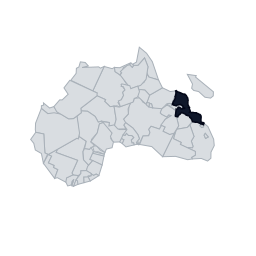 Africa, with Mozambique highlighted, rotated 295°
{"feature_id": "MOZ", "entity_name": "Mozambique", "entity_type": "country or territory", "adm_level": 0, "iso_a3": "MOZ", "parent_name": "Africa", "parent_adm1": "", "projection": "mercator", "projection_center": [35.316, -18.663], "detail": "fine", "context": "in_parent", "style": "filled", "palette": "ink", "viewbox_px": 256, "rotation_deg": 295, "n_neighbors": 49, "source": "natural_earth", "source_scale": "50m", "svg_char_len": 14487}
<svg xmlns="http://www.w3.org/2000/svg" viewBox="0 0 256 256"><g transform="rotate(295 128 128)"><path d="M166.9,133.7L179.0,142.2L178.9,150.9L181.5,155.1L179.7,156.5L168.4,157.9L166.6,153.1L159.8,150.6L157.2,146.4L156.6,141.8L159.8,139.2L159.0,134.2L166.9,133.7Z" fill="#d9dde1" stroke="#a8b0b8" stroke-width="1"/><path d="M70.3,66.9L70.3,70.7L62.8,70.6L62.9,77.0L60.8,77.2L60.7,82.0L51.3,82.8L60.3,66.2L70.3,66.9Z" fill="#d9dde1" stroke="#a8b0b8" stroke-width="1"/><path d="M156.6,141.8L159.8,150.6L155.2,151.0L154.4,158.5L157.2,159.4L157.4,161.9L151.7,158.1L140.3,156.9L139.3,148.2L135.6,147.4L133.2,149.8L129.7,150.0L127.1,145.0L117.6,144.8L120.9,141.8L123.1,142.9L126.3,139.6L130.0,132.6L132.1,122.0L134.2,120.2L140.9,122.4L148.2,119.6L152.1,119.7L154.5,121.8L157.4,121.1L160.8,126.6L157.8,130.2L156.6,141.8Z" fill="#d9dde1" stroke="#a8b0b8" stroke-width="1"/><path d="M184.4,135.4L183.0,125.3L185.6,122.0L192.0,120.2L198.5,113.4L189.1,110.7L186.6,107.5L187.9,105.4L191.3,107.8L206.0,104.1L203.6,113.2L198.4,122.0L184.4,135.4Z" fill="#d9dde1" stroke="#a8b0b8" stroke-width="1"/><path d="M179.0,142.2L166.9,133.7L169.5,127.3L167.2,121.9L170.1,119.1L176.5,123.4L185.0,122.7L183.0,125.3L184.4,135.4L179.0,142.2Z" fill="#d9dde1" stroke="#a8b0b8" stroke-width="1"/><path d="M145.8,112.8L144.0,111.8L143.2,111.2L143.5,108.6L139.8,102.8L142.3,95.5L144.2,95.7L144.1,85.2L146.7,85.2L146.7,80.4L173.7,80.4L175.1,88.6L177.2,90.1L173.6,92.5L172.3,100.5L167.7,107.3L167.1,111.8L164.3,103.6L161.2,109.2L158.1,108.1L155.7,110.2L150.7,110.0L146.9,108.1L144.2,112.0L145.8,112.8Z" fill="#d9dde1" stroke="#a8b0b8" stroke-width="1"/><path d="M144.1,86.3L144.2,95.7L142.3,95.5L139.8,102.8L141.9,106.1L130.8,113.6L124.7,114.7L121.7,109.8L125.1,108.8L123.1,101.1L120.7,98.6L124.6,93.3L126.1,84.3L123.7,78.3L126.0,76.9L144.1,86.3Z" fill="#d9dde1" stroke="#a8b0b8" stroke-width="1"/><path d="M127.1,199.3L128.2,198.0L131.9,200.5L135.2,199.0L135.2,189.6L137.4,194.8L139.0,194.6L142.9,190.9L148.2,191.4L156.8,183.0L160.8,183.4L162.5,188.6L162.3,192.3L160.5,192.1L159.6,194.6L161.0,196.0L164.5,194.6L163.1,199.8L154.0,210.4L148.5,213.6L141.2,213.4L135.6,215.9L131.7,214.1L131.4,207.4L127.1,199.3ZM155.8,200.3L153.7,200.0L151.3,202.7L153.8,204.5L155.8,200.3Z" fill="#d9dde1" stroke="#a8b0b8" stroke-width="1"/><path d="M155.8,200.3L153.8,204.5L151.3,202.7L153.7,200.0L155.8,200.3Z" fill="#d9dde1" stroke="#a8b0b8" stroke-width="1"/><path d="M160.8,183.4L153.6,181.5L147.3,172.5L151.4,173.0L158.7,167.2L164.6,170.1L164.1,178.7L160.8,183.4Z" fill="#d9dde1" stroke="#a8b0b8" stroke-width="1"/><path d="M156.8,183.0L148.2,191.4L142.9,190.9L139.0,194.6L137.4,194.8L135.2,189.6L135.2,182.4L137.4,182.3L137.5,173.7L147.3,172.5L153.6,181.5L156.8,183.0Z" fill="#d9dde1" stroke="#a8b0b8" stroke-width="1"/><path d="M135.2,182.4L135.2,199.0L131.9,200.5L128.2,198.0L127.1,199.3L124.5,195.5L122.4,183.1L116.6,171.5L146.9,172.1L137.5,173.7L137.4,182.3L135.2,182.4Z" fill="#d9dde1" stroke="#a8b0b8" stroke-width="1"/><path d="M52.1,100.4L50.0,97.8L53.4,93.7L56.9,93.4L62.4,98.0L63.9,103.1L52.2,103.3L51.8,101.5L58.6,100.6L52.1,100.4Z" fill="#d9dde1" stroke="#a8b0b8" stroke-width="1"/><path d="M63.9,103.1L62.4,98.0L63.5,96.2L77.4,96.0L75.4,73.1L78.8,73.0L97.1,86.0L97.2,87.5L99.7,87.3L98.3,95.8L87.6,97.2L80.9,100.7L77.7,107.9L71.8,108.3L69.3,103.4L66.9,104.5L63.9,103.1Z" fill="#d9dde1" stroke="#a8b0b8" stroke-width="1"/><path d="M51.3,82.8L60.7,82.0L60.8,77.2L62.9,77.0L62.8,70.6L70.3,70.7L70.3,66.9L78.8,73.0L75.4,73.1L77.4,96.0L63.5,96.2L62.4,98.0L56.9,93.4L52.6,94.5L53.1,85.0L51.3,82.8Z" fill="#d9dde1" stroke="#a8b0b8" stroke-width="1"/><path d="M96.1,117.4L94.2,117.6L93.8,110.8L91.8,107.7L96.5,103.6L98.6,107.1L96.2,112.2L96.1,117.4Z" fill="#d9dde1" stroke="#a8b0b8" stroke-width="1"/><path d="M123.7,78.3L126.1,84.3L124.6,93.3L120.7,98.6L123.1,101.1L122.2,103.0L119.7,100.4L110.5,102.2L102.4,99.8L99.3,100.6L98.2,104.9L92.3,102.2L90.9,97.3L98.3,95.8L99.7,87.3L117.2,76.8L122.1,79.2L123.7,78.3Z" fill="#d9dde1" stroke="#a8b0b8" stroke-width="1"/><path d="M96.1,117.4L99.9,100.1L110.5,102.2L119.7,100.4L123.1,104.0L116.7,115.7L111.0,116.9L109.3,120.7L103.4,121.9L99.8,117.3L96.1,117.4Z" fill="#d9dde1" stroke="#a8b0b8" stroke-width="1"/><path d="M122.9,102.2L125.1,108.8L121.7,109.8L125.0,114.1L122.9,120.8L126.2,127.7L111.9,126.4L109.3,121.4L109.9,119.1L113.0,115.6L116.7,115.7L122.9,102.2Z" fill="#d9dde1" stroke="#a8b0b8" stroke-width="1"/><path d="M92.0,106.5L94.2,117.6L92.4,118.1L89.9,107.1L92.0,106.5Z" fill="#d9dde1" stroke="#a8b0b8" stroke-width="1"/><path d="M90.1,106.4L92.4,118.1L83.5,120.2L83.3,106.6L90.1,106.4Z" fill="#d9dde1" stroke="#a8b0b8" stroke-width="1"/><path d="M71.8,108.3L75.9,107.6L83.6,109.6L83.5,120.2L72.5,121.7L72.8,118.6L70.5,116.9L71.8,108.3Z" fill="#d9dde1" stroke="#a8b0b8" stroke-width="1"/><path d="M58.9,102.8L66.9,104.5L69.3,103.4L71.8,108.3L71.2,114.1L69.1,114.9L67.9,112.1L66.2,112.6L64.8,108.7L59.9,111.3L55.7,106.4L58.9,102.8Z" fill="#d9dde1" stroke="#a8b0b8" stroke-width="1"/><path d="M52.2,103.3L58.9,102.8L58.8,104.6L55.7,106.4L52.2,103.3Z" fill="#d9dde1" stroke="#a8b0b8" stroke-width="1"/><path d="M70.8,114.1L70.5,116.9L72.8,118.6L72.5,121.7L64.0,116.2L66.8,112.4L69.1,114.9L70.8,114.1Z" fill="#d9dde1" stroke="#a8b0b8" stroke-width="1"/><path d="M59.9,111.3L64.8,108.7L66.8,112.4L64.0,116.2L59.9,111.3Z" fill="#d9dde1" stroke="#a8b0b8" stroke-width="1"/><path d="M77.7,107.9L80.3,101.3L87.6,97.2L90.9,97.3L92.3,102.2L94.9,102.7L92.0,106.5L83.3,106.6L83.6,109.6L77.7,107.9Z" fill="#d9dde1" stroke="#a8b0b8" stroke-width="1"/><path d="M152.1,119.7L145.4,120.0L140.9,122.4L134.2,120.2L131.9,123.6L128.9,123.1L126.3,126.4L122.8,119.2L124.7,114.7L130.8,113.6L141.9,106.1L143.2,111.2L152.1,119.7Z" fill="#d9dde1" stroke="#a8b0b8" stroke-width="1"/><path d="M131.9,123.6L130.0,132.6L126.3,139.6L123.1,142.9L118.6,141.7L117.0,143.0L115.2,140.6L116.9,139.4L116.1,137.9L118.5,136.0L121.8,137.2L122.7,134.6L121.4,131.5L122.4,128.9L120.1,128.6L119.7,126.4L126.2,127.7L128.9,123.1L131.9,123.6Z" fill="#d9dde1" stroke="#a8b0b8" stroke-width="1"/><path d="M115.6,126.5L119.4,126.3L120.1,128.6L122.4,128.9L121.4,131.5L122.7,134.6L121.8,137.2L118.5,136.0L116.1,137.9L116.9,139.4L115.2,140.6L110.0,134.1L111.5,129.3L115.6,129.2L115.6,126.5Z" fill="#d9dde1" stroke="#a8b0b8" stroke-width="1"/><path d="M111.9,126.4L115.6,126.5L115.6,129.2L111.5,129.3L111.9,126.4Z" fill="#d9dde1" stroke="#a8b0b8" stroke-width="1"/><path d="M159.8,150.6L165.4,153.7L164.2,163.0L165.4,163.6L158.5,165.5L158.7,167.2L151.4,173.0L142.7,172.0L139.7,168.6L139.8,161.1L144.5,161.1L144.3,156.5L151.7,158.1L157.4,161.9L157.2,159.4L154.4,158.5L154.6,152.5L155.8,150.7L159.8,150.6Z" fill="#d9dde1" stroke="#a8b0b8" stroke-width="1"/><path d="M164.3,152.6L167.8,154.8L168.4,162.7L171.0,165.1L169.5,170.3L168.2,165.1L164.2,163.0L166.0,155.6L164.3,152.6Z" fill="#d9dde1" stroke="#a8b0b8" stroke-width="1"/><path d="M162.8,194.6L161.0,196.0L159.6,194.6L160.5,192.1L162.8,194.6Z" fill="#d9dde1" stroke="#a8b0b8" stroke-width="1"/><path d="M117.0,143.0L118.7,142.9L117.6,144.8L117.0,143.0ZM118.0,145.5L127.1,145.0L129.7,150.0L133.2,149.8L135.6,147.4L139.3,148.2L140.3,156.9L144.5,157.3L144.5,161.1L139.8,161.1L139.7,168.6L142.7,172.0L116.6,171.5L121.2,157.4L118.0,145.5Z" fill="#d9dde1" stroke="#a8b0b8" stroke-width="1"/><path d="M159.2,137.1L159.8,139.2L156.6,141.8L155.9,138.0L159.2,137.1Z" fill="#d9dde1" stroke="#a8b0b8" stroke-width="1"/><path d="M201.7,159.1L204.3,167.7L202.7,167.7L196.9,190.1L193.1,191.7L190.0,190.2L188.4,184.7L190.9,176.6L189.8,171.7L190.9,168.9L195.1,167.9L201.7,159.1Z" fill="#d9dde1" stroke="#a8b0b8" stroke-width="1"/><path d="M51.8,101.5L55.8,99.8L58.6,100.6L51.8,101.5Z" fill="#d9dde1" stroke="#a8b0b8" stroke-width="1"/><path d="M111.5,59.4L107.1,49.2L109.1,41.2L111.6,40.1L113.1,41.9L115.0,40.8L113.0,48.5L116.1,51.8L111.5,59.4Z" fill="#d9dde1" stroke="#a8b0b8" stroke-width="1"/><path d="M70.3,66.9L70.3,63.2L87.0,54.2L85.1,46.2L87.3,44.7L93.3,42.2L109.1,41.2L107.1,49.2L110.6,54.6L112.3,61.7L111.2,70.2L113.4,74.5L117.2,76.8L102.9,86.2L97.2,87.5L97.1,86.0L70.3,66.9Z" fill="#d9dde1" stroke="#a8b0b8" stroke-width="1"/><path d="M172.7,98.5L173.6,92.5L177.2,90.1L179.1,95.0L187.8,102.5L186.1,102.9L180.8,98.3L172.7,98.5Z" fill="#d9dde1" stroke="#a8b0b8" stroke-width="1"/><path d="M60.3,66.2L68.3,60.3L68.9,53.3L74.3,49.1L76.5,44.6L85.1,46.2L87.0,54.2L70.3,63.2L70.3,66.2L60.3,66.2Z" fill="#d9dde1" stroke="#a8b0b8" stroke-width="1"/><path d="M173.7,80.4L146.7,80.4L147.1,56.0L155.6,57.9L160.3,56.0L162.5,57.7L167.8,56.9L169.3,61.5L167.5,65.8L163.4,60.8L171.0,75.6L170.6,77.7L173.7,80.4Z" fill="#d9dde1" stroke="#a8b0b8" stroke-width="1"/><path d="M146.6,55.1L146.7,85.2L144.1,86.3L126.0,76.9L122.1,79.2L113.4,74.5L111.2,70.2L112.6,56.5L116.1,51.8L124.6,54.2L125.7,56.5L133.3,59.5L137.3,53.0L146.6,55.1Z" fill="#d9dde1" stroke="#a8b0b8" stroke-width="1"/><path d="M198.5,113.4L192.0,120.2L179.8,123.8L172.1,121.5L164.8,113.9L172.7,98.5L175.3,99.0L176.0,97.2L184.4,100.8L186.1,102.9L184.8,106.3L187.1,106.6L189.1,110.7L198.5,113.4Z" fill="#d9dde1" stroke="#a8b0b8" stroke-width="1"/><path d="M186.1,102.9L188.3,103.2L187.1,106.6L184.8,106.3L186.1,102.9Z" fill="#d9dde1" stroke="#a8b0b8" stroke-width="1"/><path d="M166.9,133.7L157.1,134.6L160.9,123.0L167.2,121.9L168.3,123.5L169.5,127.3L166.9,133.7Z" fill="#d9dde1" stroke="#a8b0b8" stroke-width="1"/><path d="M159.0,134.2L159.8,136.8L155.9,138.0L156.5,135.3L159.0,134.2Z" fill="#d9dde1" stroke="#a8b0b8" stroke-width="1"/><path d="M160.0,123.6L157.4,121.1L153.5,121.6L144.2,112.0L148.5,107.8L150.7,110.0L155.7,110.2L158.1,108.1L161.2,109.2L163.5,106.3L162.8,104.2L165.4,103.7L167.1,111.8L164.8,113.9L170.1,119.1L165.8,123.0L160.0,123.6Z" fill="#d9dde1" stroke="#a8b0b8" stroke-width="1"/><path d="M161.0,183.8L161.3,183.5L161.7,183.2L162.0,182.8L162.4,182.4L162.7,182.1L163.1,181.6L163.5,181.2L163.4,180.7L163.7,180.2L163.7,179.9L163.7,179.7L163.8,179.4L164.2,179.2L164.4,178.8L164.6,178.5L164.9,177.9L164.9,177.6L164.8,177.4L164.6,177.1L164.5,176.9L164.4,176.5L164.5,176.1L164.6,175.9L164.5,175.7L164.4,175.6L164.2,175.4L164.2,175.2L164.3,175.1L164.6,175.0L164.6,174.9L164.7,174.6L164.8,174.3L164.9,174.0L164.9,173.9L164.8,173.6L164.8,173.3L164.8,172.6L164.9,171.8L164.8,171.3L164.6,170.8L164.6,170.5L164.8,170.2L164.7,170.0L164.3,170.0L164.1,169.8L163.7,169.6L163.2,169.4L162.5,169.4L161.9,168.9L161.5,168.8L161.3,168.7L160.9,168.4L160.2,168.4L159.5,168.4L159.1,168.4L159.0,167.9L159.0,167.5L158.9,167.2L158.9,166.8L158.8,166.7L158.7,166.5L158.6,166.2L159.1,165.8L159.3,165.7L159.6,165.6L160.2,165.4L160.7,165.3L161.1,165.2L161.6,165.0L161.8,164.9L162.0,164.8L162.6,164.7L163.1,164.5L163.2,164.4L163.9,164.2L164.6,164.0L164.9,163.9L165.4,163.7L165.4,163.8L165.8,164.4L166.0,164.7L166.3,165.0L166.5,164.9L167.1,164.8L167.3,164.8L167.4,164.7L167.6,164.7L167.9,164.6L168.0,164.7L168.3,165.1L168.4,165.4L168.4,165.8L168.4,166.1L168.4,166.4L168.4,166.7L168.2,167.1L168.1,167.4L168.0,167.7L167.8,167.8L167.7,168.0L167.8,168.2L168.0,168.4L168.1,168.6L168.1,168.9L168.1,169.0L168.4,169.1L168.6,169.4L168.9,169.7L169.3,170.2L169.5,170.3L169.7,170.5L169.5,170.8L169.6,171.0L169.9,171.1L170.1,171.0L170.1,170.3L170.0,169.9L169.8,169.7L170.0,169.3L170.1,169.0L170.2,168.8L170.8,168.7L171.0,168.6L171.2,168.3L171.3,167.6L171.3,167.0L171.3,166.7L171.3,166.1L171.5,165.8L171.4,165.7L171.4,165.3L171.0,164.8L170.5,164.2L170.3,163.8L170.0,163.4L169.5,162.8L169.2,162.6L168.7,162.5L168.6,162.4L168.4,162.2L168.4,161.9L168.4,161.6L168.3,161.2L168.3,160.6L168.2,160.4L168.1,159.9L168.0,159.5L168.0,159.4L168.2,159.0L168.4,158.8L168.4,158.6L168.5,158.3L168.6,158.1L169.0,158.0L169.3,158.0L169.8,158.0L170.4,158.1L170.5,158.1L170.9,158.1L171.0,157.9L171.5,157.8L171.9,158.0L172.1,158.1L172.1,158.3L172.4,158.3L172.9,158.4L173.2,158.3L173.5,158.1L173.9,158.0L174.1,158.1L174.5,158.3L174.8,158.4L175.2,158.3L175.6,158.1L175.9,157.8L175.9,157.6L176.0,157.4L176.3,157.4L176.6,157.4L177.0,157.4L177.4,157.7L177.6,157.5L178.0,157.2L178.5,157.1L178.9,157.1L179.2,157.0L179.5,156.8L179.8,156.7L180.1,156.6L180.4,156.5L180.8,156.3L181.2,156.0L181.6,155.7L181.8,155.5L182.0,155.7L182.2,155.9L182.0,156.1L181.9,156.2L182.1,156.3L182.0,156.5L181.9,156.7L182.0,156.8L181.9,157.1L181.7,157.3L181.7,157.5L181.8,157.7L181.8,158.2L181.9,158.7L181.9,158.9L182.0,159.0L181.9,159.3L181.9,159.7L182.0,159.9L181.9,160.2L182.0,160.2L182.1,160.5L182.1,160.8L181.8,161.1L181.8,161.3L182.1,161.3L182.1,161.5L182.1,161.9L182.0,162.0L182.0,162.4L182.0,162.6L182.1,162.8L182.1,163.3L182.1,164.0L182.3,164.1L182.4,164.4L182.2,164.6L182.2,164.9L182.4,164.7L182.5,164.7L182.6,164.8L182.7,165.0L182.7,165.4L182.7,165.5L182.4,165.9L182.3,166.1L182.2,166.2L182.2,166.3L182.3,166.5L182.1,167.1L181.5,167.8L181.3,168.1L181.0,168.3L181.0,168.5L180.7,168.9L180.5,169.0L180.3,169.1L180.4,169.4L180.2,169.5L179.9,169.8L179.1,170.3L178.9,170.4L178.7,170.7L178.4,170.8L178.0,170.9L177.9,170.9L177.7,170.9L177.1,171.2L176.6,171.3L176.4,171.4L176.4,171.5L175.9,171.7L175.1,172.1L174.5,172.5L174.1,172.9L174.0,173.0L173.8,173.1L173.8,173.3L173.7,173.4L173.4,173.9L172.9,174.4L172.8,174.5L172.6,174.8L172.6,175.0L172.4,175.0L172.3,174.8L172.2,175.2L171.7,175.3L171.4,175.5L170.9,175.9L170.3,176.7L169.3,177.5L169.2,177.5L168.8,177.2L168.6,177.2L168.8,177.4L168.9,177.5L168.9,177.8L168.9,178.1L168.7,178.9L168.8,179.1L168.9,179.3L169.2,179.6L169.4,179.9L169.7,180.8L169.7,181.3L170.0,181.9L170.1,182.2L170.2,182.9L170.2,183.4L170.2,183.8L170.3,183.9L170.3,183.6L170.4,183.2L170.5,183.1L170.6,183.3L170.7,183.5L170.5,184.4L170.6,184.7L170.7,185.2L170.6,185.7L170.3,187.0L170.3,187.3L170.5,187.4L170.5,187.2L170.7,187.3L170.5,187.9L170.4,188.1L170.0,188.8L169.8,189.1L169.4,189.3L168.5,189.8L166.8,190.4L166.1,190.7L165.7,190.9L164.8,191.4L164.4,191.8L164.3,192.3L164.1,192.5L164.1,193.0L164.4,193.2L164.5,193.3L164.7,193.1L164.8,192.9L164.7,193.4L164.6,194.8L164.4,194.9L164.0,194.9L163.7,194.9L163.4,194.9L163.1,194.8L162.9,194.9L162.9,194.0L162.8,193.9L162.7,193.6L162.7,193.4L162.8,193.3L162.8,193.0L162.8,192.8L162.6,192.7L162.5,192.4L162.4,192.2L162.6,191.8L162.6,191.1L162.6,190.9L162.6,190.4L162.6,189.8L162.6,189.3L162.6,188.9L162.6,188.7L162.4,188.3L162.3,187.8L162.2,187.5L162.0,187.2L161.9,187.1L161.9,186.9L161.7,186.6L161.6,186.4L161.6,185.9L161.4,185.3L161.3,184.8L161.1,184.3L161.0,184.0L161.0,183.9L161.0,183.8ZM168.8,159.3L168.9,159.2L168.7,159.0L168.7,159.3L168.8,159.3ZM168.6,159.1L168.4,159.0L168.5,159.2L168.6,159.1Z" fill="#0f172a" stroke="#020617" stroke-width="1.5"/></g></svg>